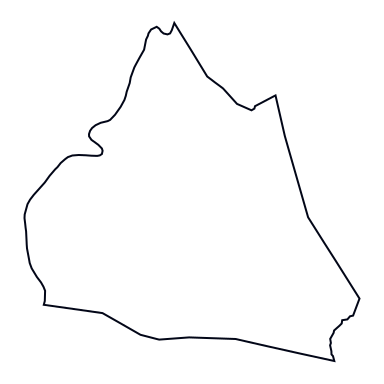 outline of Miguel Alves, Piauí, Brazil
{"feature_id": "56859067B82587646151349", "entity_name": "Miguel Alves", "entity_type": "district", "adm_level": 2, "iso_a3": "BRA", "parent_name": "Brazil", "parent_adm1": "Piauí", "projection": "mercator", "projection_center": [-42.811, -4.205], "detail": "fine", "context": "isolated", "style": "outline", "palette": "ink", "viewbox_px": 384, "rotation_deg": 0, "n_neighbors": 0, "source": "geoboundaries", "source_scale": "gbopen_adm2", "svg_char_len": 1472}
<svg xmlns="http://www.w3.org/2000/svg" viewBox="0 0 384 384"><path d="M125.8,95.8L124.4,100.0L120.6,106.9L115.0,114.8L110.1,119.9L107.7,121.1L100.7,122.8L95.6,125.2L92.1,128.0L90.1,130.8L89.0,134.1L89.1,136.4L91.4,139.8L98.3,144.8L101.9,148.5L102.6,150.8L101.9,154.0L99.8,155.4L97.2,155.9L91.4,155.7L86.1,155.3L83.9,155.2L78.7,155.0L72.3,155.5L70.2,156.3L67.9,157.1L65.2,159.1L60.7,163.0L57.5,167.1L55.2,169.3L49.7,175.7L44.8,182.5L33.8,194.8L30.1,199.6L27.5,204.2L24.7,214.4L24.5,218.1L25.2,223.9L25.6,227.7L26.1,231.4L26.6,241.8L26.7,244.3L27.0,248.4L29.1,259.6L29.7,263.0L31.7,268.4L36.9,277.0L41.0,282.4L43.5,286.8L45.1,290.8L44.8,301.0L43.8,304.8L102.5,313.1L117.8,321.8L130.9,329.3L140.5,334.8L157.1,339.1L159.2,339.6L189.1,337.4L235.7,339.0L239.1,339.8L267.6,346.3L300.3,353.6L334.3,361.0L333.0,356.1L331.5,354.4L331.4,351.2L330.1,345.3L330.9,343.0L330.2,338.9L333.6,332.9L334.1,330.5L336.9,328.0L339.4,325.8L341.7,323.5L342.2,320.2L347.4,319.4L350.0,316.3L353.1,315.6L359.5,298.6L336.4,261.9L324.4,243.1L308.1,217.3L306.5,211.7L288.5,148.9L284.8,135.9L275.5,95.4L255.0,106.2L254.4,108.6L251.5,110.3L237.0,103.9L232.6,99.0L223.0,88.4L218.2,84.8L215.2,82.6L207.2,76.5L190.6,49.3L180.6,33.2L174.3,23.0L171.8,30.2L170.1,33.4L167.5,34.4L163.6,33.5L161.1,31.4L159.3,28.7L156.7,26.8L151.1,29.5L148.5,33.4L147.9,35.8L146.1,39.5L144.1,49.7L139.5,57.8L135.8,64.6L134.3,67.5L130.7,77.4L129.7,83.1L126.7,91.7L125.8,95.8Z" fill="none" stroke="#020617" stroke-width="2"/></svg>